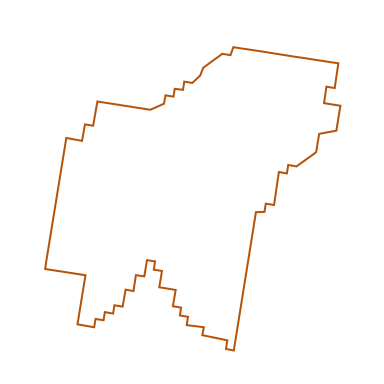 Washington, Oregon, United States of America, rotated 279°
{"feature_id": "52423323B3923941194406", "entity_name": "Washington", "entity_type": "district", "adm_level": 2, "iso_a3": "USA", "parent_name": "United States of America", "parent_adm1": "Oregon", "projection": "albers", "projection_center": [-123.085, 45.549], "detail": "fine", "context": "isolated", "style": "outline", "palette": "amber", "viewbox_px": 384, "rotation_deg": 279, "n_neighbors": 0, "source": "geoboundaries", "source_scale": "gbopen_adm2", "svg_char_len": 1139}
<svg xmlns="http://www.w3.org/2000/svg" viewBox="0 0 384 384"><g transform="rotate(279 192 192)"><path d="M291.8,325.0L300.4,325.1L300.4,308.5L317.0,308.3L317.0,316.7L342.0,316.4L341.9,307.0L341.8,276.9L341.7,275.8L341.7,262.3L341.7,258.2L341.7,255.2L341.7,238.5L341.6,226.0L341.6,225.1L341.5,216.8L341.5,215.4L341.5,210.2L333.2,208.6L333.2,200.3L324.9,192.0L316.5,183.7L308.2,181.8L299.8,175.3L299.8,167.1L291.5,167.1L291.2,158.8L283.3,158.8L283.3,150.7L274.8,150.5L266.7,137.9L266.6,92.6L266.6,84.4L242.0,84.0L242.0,75.7L225.3,75.4L225.7,59.4L101.5,58.9L93.0,59.0L93.1,99.8L43.4,99.6L43.1,116.5L51.5,116.6L51.5,124.7L59.7,124.7L59.6,133.1L68.0,133.1L67.9,141.4L85.2,141.7L85.0,149.7L101.1,149.6L101.2,158.1L117.6,158.2L117.7,166.4L109.3,166.4L109.3,174.7L92.8,174.6L92.7,191.2L76.2,191.0L76.1,199.3L68.2,199.4L68.1,207.5L59.7,207.6L60.3,224.8L52.2,224.6L51.0,250.1L42.3,250.1L42.0,258.1L50.6,258.1L181.6,258.3L182.1,258.3L183.7,266.7L192.0,266.7L192.0,275.1L212.9,274.8L225.3,274.7L225.2,282.8L233.7,282.8L233.6,291.2L250.4,308.1L252.4,308.4L269.3,308.5L275.2,325.0L291.8,325.0Z" fill="none" stroke="#b45309" stroke-width="2"/></g></svg>